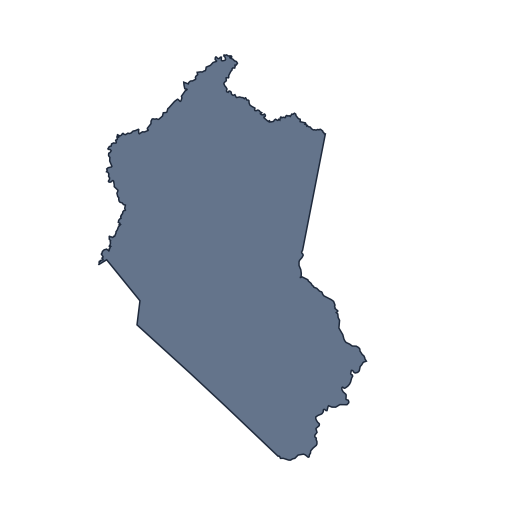 La Mesa, Veraguas, Panama, rotated 227°
{"feature_id": "35544464B90522605165163", "entity_name": "La Mesa", "entity_type": "district", "adm_level": 2, "iso_a3": "PAN", "parent_name": "Panama", "parent_adm1": "Veraguas", "projection": "orthographic", "projection_center": [-81.193, 8.152], "detail": "fine", "context": "isolated", "style": "filled", "palette": "slate", "viewbox_px": 512, "rotation_deg": 227, "n_neighbors": 0, "source": "geoboundaries", "source_scale": "gbopen_adm2", "svg_char_len": 6105}
<svg xmlns="http://www.w3.org/2000/svg" viewBox="0 0 512 512"><g transform="rotate(227 256 256)"><path d="M101.2,229.5L100.9,230.0L99.1,230.3L98.6,231.2L98.2,234.3L98.5,237.0L99.3,239.2L101.5,242.7L102.2,244.8L103.4,245.3L104.3,244.8L105.6,245.2L107.3,247.7L107.1,248.1L106.2,248.6L104.1,248.3L102.8,248.7L101.5,251.0L101.6,253.2L104.1,256.8L104.3,259.0L105.0,261.5L105.0,262.3L103.8,265.0L106.5,265.5L107.6,266.2L109.5,266.8L111.4,266.5L115.5,267.2L117.2,268.5L119.1,268.6L121.7,267.8L124.5,265.0L127.7,264.4L131.4,262.9L133.5,263.1L135.4,263.7L139.2,265.8L146.8,267.5L151.9,273.2L155.0,274.1L157.8,276.3L159.9,276.1L159.8,278.0L160.1,278.4L163.8,278.0L164.2,278.5L165.8,279.3L166.2,280.3L169.9,281.8L172.6,281.3L180.4,278.5L182.3,278.6L184.2,279.4L185.0,279.5L187.0,278.5L191.0,278.4L193.6,277.0L194.6,277.4L196.1,277.1L198.5,277.6L201.9,277.2L203.3,277.7L209.2,275.5L210.0,273.7L210.5,273.4L210.0,274.1L210.0,274.8L212.3,277.2L215.4,279.4L219.7,281.0L222.4,283.5L223.1,284.9L223.5,288.5L224.3,290.9L225.2,291.5L226.8,291.5L227.8,292.0L228.4,293.9L229.9,296.0L298.0,390.0L298.7,389.3L300.0,389.7L301.0,389.5L301.8,390.0L304.6,389.6L305.0,389.3L305.3,388.1L306.4,387.5L307.1,385.8L308.4,384.9L309.1,383.9L311.1,383.4L313.3,383.6L314.9,382.5L316.2,382.5L316.4,381.8L317.1,382.5L318.9,381.7L318.9,382.7L319.7,382.9L324.1,379.9L324.5,380.1L324.7,380.6L325.9,381.6L327.1,380.9L328.1,380.7L331.5,381.0L332.6,381.8L334.2,381.5L334.5,379.6L335.4,379.0L334.7,376.2L335.9,376.0L336.7,374.7L337.8,374.4L338.0,372.9L337.2,372.0L337.3,371.6L338.9,370.6L339.5,369.1L340.7,369.1L340.6,368.1L339.1,366.1L340.5,365.8L340.2,364.7L340.5,364.2L342.7,363.6L342.9,362.2L342.5,360.6L344.0,358.1L344.5,357.9L345.8,358.1L346.0,357.5L345.1,357.4L345.0,357.1L347.3,356.5L351.7,356.1L352.2,356.8L351.8,357.7L352.1,358.4L352.6,358.9L353.9,359.1L354.2,358.9L354.4,357.4L355.8,356.3L357.0,356.2L356.8,357.9L358.9,357.3L360.1,357.5L361.5,356.9L362.2,355.1L363.2,354.4L363.9,354.7L364.9,356.1L368.4,354.9L370.6,354.5L372.4,355.2L374.5,356.8L375.2,356.7L376.3,355.7L378.8,356.3L379.0,356.1L379.0,354.7L380.7,354.5L381.9,353.4L383.4,352.6L385.1,349.9L385.7,349.8L388.4,350.6L389.1,348.8L390.1,348.5L391.4,348.6L392.8,349.6L394.0,349.5L395.0,348.9L394.7,347.2L396.2,346.6L397.0,347.1L397.9,348.7L400.1,349.2L401.6,349.2L403.5,349.8L404.2,350.3L404.5,351.5L404.4,353.8L406.7,355.6L406.5,356.1L405.1,357.3L405.1,357.7L406.7,359.3L408.2,363.5L408.4,365.4L409.3,366.3L409.3,367.3L408.0,368.6L409.0,370.2L409.9,370.7L409.1,371.9L409.6,373.9L411.6,374.3L413.4,373.4L415.8,373.3L418.4,372.1L419.0,372.2L419.5,372.8L418.2,373.0L418.0,373.8L418.5,374.3L419.3,374.3L421.3,372.1L423.1,371.7L423.9,370.2L424.8,369.8L424.3,368.9L422.3,368.9L420.5,367.8L420.3,366.7L421.5,364.7L422.1,364.2L422.7,364.1L425.0,366.3L425.7,365.6L425.5,364.1L426.0,363.1L426.8,362.7L428.6,362.7L429.0,362.4L428.8,361.5L427.7,360.2L427.1,360.1L425.8,360.3L425.3,359.8L426.8,356.6L426.5,352.7L428.1,348.4L426.5,346.3L426.1,345.3L426.7,344.4L427.2,342.2L428.5,341.0L430.5,338.2L428.4,337.0L428.5,334.6L427.9,333.4L426.6,332.7L426.5,332.0L427.4,328.9L428.4,327.8L428.7,327.0L428.7,325.2L428.1,323.8L432.4,321.7L429.8,319.7L427.1,318.1L426.5,318.1L425.3,319.2L424.9,319.2L424.7,318.5L425.1,317.0L423.7,310.4L422.1,309.6L420.7,307.1L420.6,306.2L420.9,305.9L423.6,305.8L424.2,305.5L424.6,301.8L423.8,293.6L423.9,292.0L422.1,289.1L422.3,288.1L424.0,285.9L422.1,283.0L422.3,278.1L422.7,277.5L424.2,276.8L425.0,275.4L426.6,274.2L427.0,273.4L426.2,271.2L424.4,269.4L423.5,263.6L422.7,263.1L421.6,263.1L421.4,262.7L422.8,259.0L424.3,257.6L424.9,254.0L425.5,253.9L427.3,255.2L428.4,256.5L428.9,256.4L430.1,253.0L431.2,251.3L431.2,248.4L431.9,246.9L433.2,246.1L433.7,243.4L435.0,242.5L436.4,242.4L436.6,241.7L436.2,240.1L436.5,238.7L437.0,238.2L439.1,237.5L439.0,237.0L438.6,236.7L437.9,236.6L437.2,237.1L436.6,236.8L436.5,236.4L437.8,235.4L436.0,234.3L435.9,233.6L436.4,232.7L436.2,232.1L434.6,231.6L434.1,230.9L434.6,229.9L435.8,229.0L436.5,226.8L435.2,225.1L436.1,223.4L435.4,220.8L434.7,220.7L433.2,222.0L431.7,221.9L431.2,219.8L431.6,218.4L430.3,216.9L429.4,216.5L427.8,216.4L425.3,213.8L419.9,211.8L419.7,211.1L421.4,208.1L421.5,206.2L420.2,205.7L419.6,204.1L418.5,204.7L417.0,204.6L416.4,204.3L414.8,202.5L413.0,202.2L411.9,201.0L411.6,199.5L411.1,198.9L410.4,198.9L409.5,199.6L409.0,200.6L409.0,202.5L408.6,202.9L407.8,202.9L404.8,200.9L403.4,199.6L398.3,199.9L397.5,198.9L396.8,197.1L393.7,195.4L392.2,195.4L391.0,194.2L389.5,193.3L388.1,193.2L385.9,194.4L384.1,194.1L382.3,195.2L380.4,192.5L378.6,191.8L378.6,191.3L379.3,190.5L379.2,188.9L377.9,187.2L378.0,186.2L377.5,184.7L377.2,184.8L377.0,183.8L375.6,182.9L376.0,181.8L375.8,180.0L374.5,178.2L372.7,178.8L372.3,178.5L372.2,177.4L371.4,178.1L371.1,175.1L369.7,172.4L369.2,170.1L368.3,169.3L366.8,165.9L367.5,165.3L367.2,164.2L367.5,163.6L368.4,163.4L369.4,162.5L370.2,162.5L370.4,162.0L368.3,160.1L366.3,160.1L365.9,159.1L364.7,158.5L363.5,156.5L362.6,156.4L363.4,155.8L363.3,155.4L363.0,155.2L361.9,155.5L361.4,154.8L361.5,153.9L360.8,153.3L360.9,152.5L360.0,152.2L360.1,151.8L361.0,151.9L362.3,151.4L362.9,151.5L364.1,149.1L364.1,147.0L363.7,146.0L363.1,145.4L362.9,144.2L359.9,143.7L359.5,143.3L359.5,141.9L358.7,142.1L357.6,141.6L358.8,139.1L358.3,138.6L358.9,137.7L358.4,136.9L357.5,136.6L357.0,134.8L355.1,144.2L302.4,140.6L286.8,122.0L214.1,128.0L166.6,131.3L94.5,135.6L94.1,136.3L93.3,136.6L91.3,135.9L89.4,138.0L84.5,140.7L83.1,142.1L82.7,144.4L81.5,146.4L81.7,151.0L78.7,155.6L77.0,156.4L73.3,156.9L72.9,157.5L73.3,158.5L74.2,159.4L74.6,161.3L76.2,163.1L76.6,166.8L76.4,171.0L77.0,172.4L78.7,174.0L80.8,174.8L81.7,175.9L83.6,175.7L84.3,176.2L84.9,177.2L85.4,180.4L88.4,181.8L89.0,182.4L88.8,186.4L89.8,187.7L90.4,187.9L92.4,187.7L94.8,188.2L96.3,188.8L97.5,189.9L97.1,192.7L95.9,195.7L95.7,196.9L96.2,199.0L97.4,200.1L97.6,200.8L97.1,201.5L95.1,201.8L94.5,202.5L96.8,206.1L97.0,207.0L93.8,208.4L91.1,211.2L90.1,216.0L85.2,221.1L85.4,223.7L86.0,224.4L87.6,225.1L89.5,224.1L90.0,224.2L92.5,226.8L93.4,227.4L97.3,227.1L99.7,227.7L101.0,228.8L101.2,229.5Z" fill="#64748b" stroke="#1e293b" stroke-width="1.5"/></g></svg>